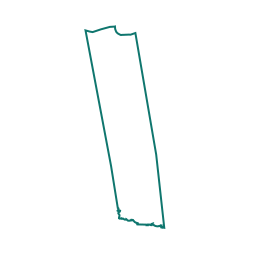 the district of Ngchesar, Ngchesar, Palau, rotated 71°
{"feature_id": "81905179B12873332240665", "entity_name": "Ngchesar", "entity_type": "district", "adm_level": 2, "iso_a3": "PLW", "parent_name": "Palau", "parent_adm1": "Ngchesar", "projection": "robinson", "projection_center": [134.605, 7.473], "detail": "fine", "context": "isolated", "style": "outline", "palette": "teal", "viewbox_px": 256, "rotation_deg": 71, "n_neighbors": 0, "source": "geoboundaries", "source_scale": "gbopen_adm2", "svg_char_len": 2112}
<svg xmlns="http://www.w3.org/2000/svg" viewBox="0 0 256 256"><g transform="rotate(71 128 128)"><path d="M27.8,107.5L26.5,112.2L25.9,121.4L25.8,130.2L24.3,132.9L21.9,136.4L158.5,156.4L200.3,163.7L200.6,163.3L200.9,163.2L202.0,163.7L202.3,164.1L202.6,164.6L202.8,164.8L203.2,164.5L203.1,164.2L203.2,162.8L203.6,162.4L204.1,162.7L204.5,163.2L204.6,164.0L205.0,164.6L205.3,164.9L205.9,164.9L206.7,164.6L207.5,164.4L208.4,164.7L208.9,165.1L209.8,165.7L210.4,165.9L211.1,165.2L211.1,164.3L211.2,164.2L211.7,163.8L211.8,163.3L211.6,163.2L211.8,163.0L211.9,162.5L212.0,162.5L212.0,162.3L212.2,162.1L212.6,161.8L212.7,161.7L213.1,161.3L213.4,161.1L213.7,160.6L213.9,159.7L213.8,159.4L213.6,159.3L213.7,159.2L214.1,159.2L214.4,159.0L214.8,158.7L215.1,158.5L215.3,158.4L215.4,158.2L215.6,158.1L215.7,157.9L215.8,157.7L216.0,157.2L216.2,156.5L216.1,156.1L216.3,155.9L216.4,155.3L216.4,155.1L216.5,154.9L216.4,154.5L216.2,154.5L216.3,154.3L216.1,154.1L216.3,153.8L216.5,153.8L216.6,153.5L216.7,153.2L217.3,153.2L217.5,152.9L218.0,152.7L218.3,152.6L218.5,152.5L218.9,152.3L219.2,152.2L220.1,151.2L220.4,151.1L220.7,150.4L221.0,150.4L221.3,149.7L221.8,149.8L222.1,149.6L222.1,149.9L221.9,150.3L221.8,150.6L222.2,150.6L225.5,141.7L226.0,142.0L226.4,140.8L225.8,140.5L226.6,138.3L226.8,138.2L227.1,138.3L227.5,137.4L227.0,137.1L227.2,136.7L226.7,136.5L226.4,136.5L226.4,136.1L226.5,136.2L226.8,136.1L227.0,136.2L227.4,135.7L227.5,135.8L227.8,135.5L228.3,135.2L228.7,134.9L228.8,134.7L229.0,134.6L229.7,133.8L229.9,133.4L230.5,132.4L230.6,132.0L230.7,131.6L230.7,131.2L230.8,131.1L230.8,130.7L231.0,130.2L230.9,130.0L231.1,129.8L231.1,129.4L231.0,129.1L230.8,128.8L231.1,128.6L231.1,128.3L231.3,128.4L231.5,128.5L231.7,128.3L231.7,128.5L231.9,128.8L232.0,128.9L232.2,129.0L232.4,129.0L232.7,128.8L232.8,128.8L232.8,128.6L233.0,128.6L233.2,128.3L233.2,128.0L233.4,127.9L233.6,127.7L233.7,127.1L233.8,126.9L233.8,126.7L234.1,126.2L162.3,110.0L40.6,90.1L40.6,95.2L40.0,96.7L37.8,104.1L37.8,104.4L36.8,105.5L35.1,107.0L33.3,107.8L31.7,107.9L30.2,107.9L27.8,107.3L27.8,107.5Z" fill="none" stroke="#0f766e" stroke-width="2"/></g></svg>